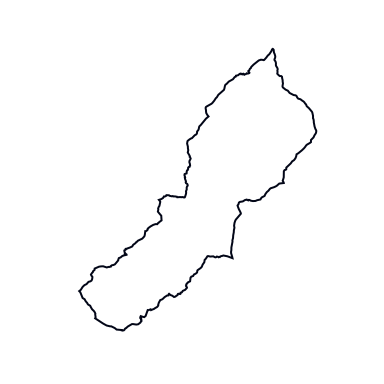 Slanic-Moldova, Bacau, Romania (Mercator projection), rotated 159°
{"feature_id": "2599482B31492670959230", "entity_name": "Slanic-Moldova", "entity_type": "district", "adm_level": 2, "iso_a3": "ROU", "parent_name": "Romania", "parent_adm1": "Bacau", "projection": "mercator", "projection_center": [26.446, 46.203], "detail": "fine", "context": "isolated", "style": "outline", "palette": "ink", "viewbox_px": 384, "rotation_deg": 159, "n_neighbors": 0, "source": "geoboundaries", "source_scale": "gbopen_adm2", "svg_char_len": 6004}
<svg xmlns="http://www.w3.org/2000/svg" viewBox="0 0 384 384"><g transform="rotate(159 192 192)"><path d="M111.0,284.0L113.3,282.6L118.1,281.9L121.0,280.5L122.3,280.2L123.2,279.3L124.8,276.8L125.6,275.9L132.6,273.3L134.9,271.5L136.2,271.0L138.5,269.3L141.1,267.8L142.2,267.4L147.6,266.6L148.6,266.3L149.1,265.7L149.4,264.8L149.6,263.3L149.9,262.7L150.4,260.6L150.1,258.5L149.5,256.6L152.6,255.5L159.8,251.4L161.5,250.7L162.1,250.1L163.2,248.3L164.0,247.5L165.5,246.7L166.3,245.1L166.8,244.6L167.5,244.2L169.1,244.0L172.7,242.3L174.0,242.3L175.5,242.0L177.7,241.3L178.1,240.9L179.2,239.0L179.6,235.7L180.1,234.5L180.5,232.4L181.8,230.4L181.2,226.6L181.5,225.8L181.3,225.7L181.3,223.6L183.3,221.8L183.8,220.7L183.9,218.8L184.3,217.4L184.5,217.4L185.2,216.4L186.2,216.5L187.1,215.8L187.3,214.9L188.0,214.3L188.2,214.0L188.7,214.0L189.0,213.8L189.5,213.2L190.4,211.3L192.4,211.4L192.9,210.7L193.1,210.0L193.0,209.4L193.2,208.1L193.5,208.1L193.8,206.8L193.8,204.1L194.4,203.4L194.4,202.4L193.6,201.3L193.5,200.6L193.6,199.8L193.8,199.4L194.6,199.0L195.4,198.0L196.1,196.1L196.9,195.4L197.4,194.7L197.5,194.0L198.2,192.5L200.3,189.9L201.1,190.0L201.2,189.7L201.5,189.8L202.9,190.8L204.0,191.0L204.8,191.5L207.7,192.4L207.8,193.0L208.2,193.2L209.5,194.0L210.7,194.4L211.4,195.1L212.2,195.1L214.2,196.4L214.7,197.2L217.0,198.2L217.5,197.7L219.1,197.5L219.8,197.9L221.2,196.8L223.1,196.4L225.7,196.5L225.1,194.6L225.2,194.1L227.4,190.7L228.2,190.2L229.5,188.8L229.7,187.8L230.9,185.9L230.0,183.1L229.2,180.9L230.6,176.4L233.5,175.6L234.2,175.2L235.0,175.1L235.9,174.4L237.7,175.1L240.0,175.2L243.2,174.7L244.1,174.4L245.0,174.2L246.3,173.7L246.9,173.2L246.9,172.7L247.8,172.2L249.4,171.9L249.7,172.1L251.2,169.3L252.0,168.1L252.5,167.6L255.1,166.3L260.0,165.9L261.4,165.2L262.0,165.2L263.1,164.5L265.8,163.8L267.3,162.6L270.0,162.4L273.0,162.5L273.4,162.3L274.2,162.7L274.5,162.6L274.8,161.9L276.1,161.7L276.3,161.3L276.5,159.7L276.2,158.3L275.5,157.1L275.6,156.8L277.0,157.0L277.5,157.6L277.7,157.3L278.4,157.1L279.8,157.3L282.1,156.5L284.0,156.5L285.2,155.1L285.4,154.6L289.9,152.1L291.6,152.0L292.9,152.3L293.9,152.1L294.3,151.6L294.6,151.8L295.5,151.5L296.9,152.0L298.6,152.1L301.6,154.5L303.7,155.2L305.6,155.6L310.3,155.4L310.9,154.2L312.9,153.4L313.4,152.6L314.1,152.4L315.9,151.2L315.9,150.0L315.5,149.0L315.4,148.4L316.0,147.2L316.7,146.1L317.6,145.3L318.8,145.0L320.8,145.2L323.5,143.8L325.8,143.6L328.1,142.6L330.9,140.5L332.8,139.9L332.2,138.4L332.1,132.2L330.7,130.4L330.4,128.1L329.6,125.9L329.5,124.7L329.2,124.0L327.8,122.3L327.7,120.7L327.3,118.3L326.3,116.2L325.9,114.7L325.8,113.1L326.2,112.5L326.9,109.5L327.7,108.8L322.1,101.0L319.6,98.0L316.7,96.0L315.5,95.5L312.9,92.7L311.7,90.6L307.0,88.3L307.2,88.0L306.5,87.5L305.2,87.3L304.4,87.6L303.8,88.2L302.8,88.6L302.4,88.5L300.2,89.4L295.5,90.2L294.5,89.9L291.5,88.2L289.6,87.8L287.0,88.6L286.3,89.2L285.6,89.4L285.3,89.8L285.5,90.6L285.4,91.0L285.0,91.1L284.8,92.1L285.3,92.3L285.5,92.8L285.4,93.1L284.9,93.1L284.8,94.1L284.3,94.5L282.8,93.2L281.4,92.3L279.7,92.9L275.7,97.6L275.3,97.3L272.7,97.3L272.6,96.4L269.0,96.5L268.7,96.7L265.6,97.2L264.2,98.1L264.0,98.8L262.6,100.6L260.3,102.5L259.0,102.4L257.8,102.6L255.2,103.7L252.3,104.3L251.1,103.9L250.2,105.1L249.9,105.2L248.9,103.4L247.6,102.3L246.4,100.4L244.9,100.3L243.9,100.7L242.5,100.9L241.8,101.8L241.5,101.9L241.0,101.8L239.7,101.0L239.1,101.2L238.7,102.1L237.4,102.0L236.0,103.0L233.5,103.1L231.0,104.4L230.9,105.0L231.3,106.0L231.0,106.8L230.7,107.1L230.8,107.3L230.3,107.6L230.1,108.1L229.5,108.5L228.8,108.6L228.2,109.1L225.8,109.3L224.1,112.5L223.0,113.2L221.0,113.2L219.7,114.3L218.0,114.4L216.4,114.9L216.0,115.2L215.2,116.7L214.8,117.0L211.2,117.9L209.6,118.7L208.1,120.4L205.7,122.0L204.5,124.1L203.1,124.7L200.6,126.5L199.9,126.4L198.1,125.2L195.2,124.3L194.1,123.0L193.3,122.5L192.2,122.6L191.9,122.8L191.0,122.2L190.5,121.5L189.7,121.6L189.3,121.3L188.8,121.6L187.9,121.7L186.7,121.5L185.5,121.5L182.0,119.3L177.9,115.7L177.7,117.2L177.4,121.0L176.8,122.5L176.1,123.6L175.1,126.1L172.0,131.1L171.6,132.4L170.2,134.3L169.0,136.9L167.5,139.3L166.6,141.3L165.2,143.4L164.8,145.4L163.4,147.9L162.0,149.6L161.0,150.5L154.2,154.2L154.0,154.7L154.1,156.8L154.4,159.1L154.4,161.8L154.3,163.1L153.1,163.8L152.0,165.3L150.8,165.6L148.0,165.0L145.4,165.5L143.6,165.3L143.4,164.8L142.4,164.0L142.0,164.3L141.2,164.0L140.2,162.8L138.4,161.7L135.9,160.9L134.2,161.0L130.8,160.5L129.3,161.7L128.5,162.0L125.7,162.3L124.3,163.7L122.2,165.1L120.2,165.8L118.2,167.0L117.1,167.3L113.8,167.1L112.0,167.2L110.7,167.4L107.5,168.6L103.1,167.5L103.0,168.1L103.3,170.0L102.3,171.2L101.1,172.8L98.8,178.5L97.7,179.3L96.5,179.2L95.9,179.4L95.2,181.0L89.6,183.3L87.5,184.7L85.3,185.2L83.4,186.4L82.0,187.9L80.9,189.7L78.8,190.1L74.3,191.6L71.7,192.7L69.8,193.8L68.9,194.5L67.7,195.0L64.6,195.5L63.1,195.9L62.3,197.9L59.0,199.4L57.4,201.0L55.4,202.4L54.7,203.3L54.1,204.4L54.0,205.2L54.2,206.7L54.1,209.2L53.3,213.5L52.9,214.5L52.5,216.4L52.6,217.4L51.7,219.8L51.2,223.2L51.3,224.0L52.8,228.4L54.0,230.7L54.2,231.5L54.1,232.8L54.7,234.1L54.9,235.3L55.4,236.5L56.3,237.7L57.5,239.7L59.4,241.1L59.9,242.5L60.0,244.1L60.6,245.1L62.4,246.1L65.4,249.5L66.2,252.2L68.0,254.1L69.7,257.1L69.7,258.0L69.5,258.5L68.1,260.9L67.9,262.2L67.3,264.0L67.1,265.7L66.7,267.4L67.1,268.2L68.5,268.8L69.2,269.9L70.0,271.9L69.1,273.4L68.8,274.8L68.1,275.7L67.9,276.4L67.9,277.5L68.3,279.4L68.2,280.5L67.6,281.8L67.3,283.1L67.3,284.1L67.7,285.6L67.4,286.4L66.3,287.5L65.6,288.9L65.4,291.2L65.5,292.9L64.8,295.5L65.2,296.6L65.3,296.7L66.2,296.4L67.5,295.0L70.5,292.9L72.4,292.2L74.4,290.9L77.3,289.4L77.8,289.4L78.1,289.7L80.2,290.8L82.5,290.9L88.8,288.9L91.9,287.5L92.7,286.6L93.8,286.3L94.7,285.3L96.1,284.7L95.9,283.6L95.7,283.3L95.6,282.9L95.9,282.5L97.5,282.5L98.3,283.2L99.6,282.7L100.4,283.0L100.9,282.8L101.0,283.1L101.8,283.3L101.5,283.8L101.6,284.0L103.8,284.3L103.8,284.6L103.9,285.0L104.5,285.2L105.4,285.1L107.1,284.5L109.3,284.8L109.7,284.1L111.0,284.0Z" fill="none" stroke="#020617" stroke-width="2"/></g></svg>